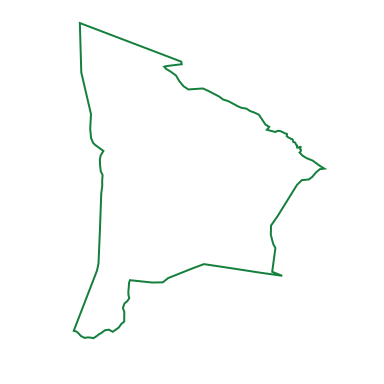 the district of San Juan Diuxi, Oaxaca, Mexico, rotated 6°
{"feature_id": "50627088B33658307136854", "entity_name": "San Juan Diuxi", "entity_type": "district", "adm_level": 2, "iso_a3": "MEX", "parent_name": "Mexico", "parent_adm1": "Oaxaca", "projection": "albers", "projection_center": [-97.381, 17.274], "detail": "fine", "context": "isolated", "style": "outline", "palette": "green", "viewbox_px": 384, "rotation_deg": 6, "n_neighbors": 0, "source": "geoboundaries", "source_scale": "gbopen_adm2", "svg_char_len": 1831}
<svg xmlns="http://www.w3.org/2000/svg" viewBox="0 0 384 384"><g transform="rotate(6 192 192)"><path d="M83.4,125.1L84.2,140.3L86.1,149.1L88.6,153.6L90.9,155.4L99.6,160.4L97.3,165.3L97.0,169.6L97.7,174.7L99.1,180.9L101.3,184.5L101.5,190.2L102.1,195.4L101.9,202.6L102.0,204.4L104.4,239.2L106.5,273.3L105.7,280.1L104.1,286.1L88.9,342.4L90.9,342.7L93.1,343.7L96.7,346.9L100.5,348.3L103.5,347.5L106.7,347.4L109.2,347.7L112.7,344.9L114.1,343.4L116.2,342.0L119.9,338.6L123.7,337.6L127.8,339.3L133.4,334.4L135.5,330.6L138.1,327.9L137.2,318.3L135.4,314.5L136.5,309.9L138.9,307.5L140.7,304.3L139.6,301.2L139.1,297.8L139.1,294.2L138.9,289.0L139.5,286.2L161.7,286.2L172.4,284.9L177.3,280.1L188.5,274.2L200.5,267.9L211.4,262.5L234.7,263.5L268.3,265.1L290.5,265.9L280.1,263.0L280.8,239.0L278.5,235.7L276.7,231.4L274.8,226.0L274.5,221.5L274.1,217.1L279.8,206.8L295.7,173.9L300.0,168.7L306.9,167.3L310.1,164.3L313.4,159.4L316.7,156.0L321.2,154.9L317.1,153.0L313.1,150.7L308.6,148.1L302.2,146.3L297.9,144.1L294.9,141.5L295.4,140.9L296.0,139.7L295.8,138.5L295.0,137.9L295.2,136.7L295.3,135.9L294.6,135.8L293.1,136.8L291.9,136.8L291.6,135.9L291.7,134.8L290.4,133.9L289.5,132.1L288.5,131.8L287.8,131.8L287.3,131.4L286.7,129.5L286.0,128.9L284.8,128.8L283.9,128.3L282.8,127.9L281.8,127.5L280.9,127.0L280.4,126.5L280.3,126.4L280.4,126.1L280.5,125.0L280.2,124.2L278.6,124.1L277.4,123.6L276.8,123.3L274.1,122.4L272.7,122.1L270.6,122.3L268.7,123.6L260.0,122.3L262.0,119.1L258.0,117.3L254.4,112.9L250.4,108.1L245.4,106.4L241.3,105.4L237.4,103.4L232.2,103.1L228.5,101.9L223.2,99.7L218.4,97.8L213.1,96.7L209.2,94.3L202.1,91.5L197.8,89.8L192.1,87.9L183.3,89.4L177.7,90.4L172.5,87.7L167.8,83.1L164.0,77.9L158.2,74.5L153.4,72.3L151.3,70.3L154.0,69.3L168.4,66.0L167.7,63.5L62.8,35.7L69.4,84.7L83.4,125.1Z" fill="none" stroke="#15803d" stroke-width="2"/></g></svg>